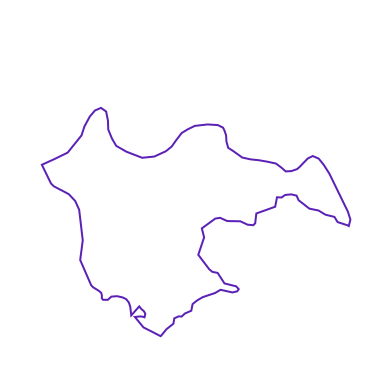 map outline of Moray (Mercator projection), rotated 244°
{"feature_id": "GBR-2014", "entity_name": "Moray", "entity_type": "Unitary District", "adm_level": 1, "iso_a3": "GBR", "parent_name": "United Kingdom", "parent_adm1": "", "projection": "mercator", "projection_center": [-3.358, 57.403], "detail": "fine", "context": "isolated", "style": "outline", "palette": "violet", "viewbox_px": 384, "rotation_deg": 244, "n_neighbors": 0, "source": "natural_earth", "source_scale": "10m", "svg_char_len": 1667}
<svg xmlns="http://www.w3.org/2000/svg" viewBox="0 0 384 384"><g transform="rotate(244 192 192)"><path d="M76.2,100.6L91.6,89.0L104.7,85.9L103.1,90.4L102.0,92.4L100.2,94.4L103.1,96.7L106.0,96.5L109.0,95.2L112.3,94.4L107.7,83.3L115.9,86.2L120.3,86.8L124.5,85.9L127.6,83.5L131.2,79.0L133.3,73.7L132.0,69.0L134.2,64.7L136.2,64.4L138.3,65.6L141.1,66.2L143.9,65.0L149.8,61.3L152.5,60.5L179.9,61.7L196.4,72.6L225.5,82.8L235.1,83.1L244.1,80.3L257.7,70.3L261.4,69.0L282.3,69.0L282.2,72.3L281.9,82.4L281.9,97.5L291.3,117.5L298.1,124.1L304.6,133.2L307.8,140.5L307.5,147.1L302.0,150.1L292.9,147.7L284.8,144.1L275.1,143.5L266.7,144.1L257.0,150.7L244.6,162.2L240.4,173.6L240.1,186.3L241.7,193.5L245.6,200.7L249.5,208.5L250.2,215.7L250.2,223.5L245.9,235.6L240.8,244.6L236.2,248.1L233.0,248.1L228.1,247.5L222.3,245.1L215.8,243.9L210.9,246.9L200.9,252.3L195.7,258.9L191.2,266.1L186.0,273.3L180.8,279.9L175.0,282.9L169.4,285.3L167.2,290.6L166.5,296.6L167.5,300.2L169.1,304.4L171.4,310.9L171.4,316.3L166.5,320.5L158.8,322.3L148.4,323.5L137.0,323.5L120.8,323.5L105.9,323.5L97.8,322.3L92.7,318.0L93.6,317.5L101.1,309.7L107.2,309.1L113.1,302.0L119.9,297.6L125.6,290.2L137.9,284.2L142.9,284.4L146.4,280.1L148.5,274.4L147.8,270.1L150.0,266.1L142.3,260.3L144.5,240.4L136.2,235.1L135.3,232.5L138.3,227.6L144.5,222.6L150.4,211.0L156.5,205.9L157.9,201.3L155.0,184.9L145.9,183.0L132.8,170.1L115.1,173.6L111.3,175.3L108.0,179.6L95.6,181.1L87.8,190.4L84.2,191.4L82.9,189.1L84.0,184.3L91.6,174.8L91.1,168.5L92.8,155.5L92.3,149.2L91.0,143.4L85.6,139.3L85.9,132.3L84.6,128.2L86.1,125.4L86.2,120.7L81.8,117.6L79.9,109.0L76.3,101.1L76.2,100.6Z" fill="none" stroke="#5b21b6" stroke-width="2"/></g></svg>